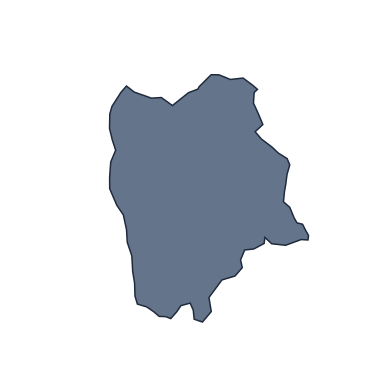 Trachypedoula, Paphos, Cyprus, rotated 131°
{"feature_id": "46923920B82818287753128", "entity_name": "Trachypedoula", "entity_type": "district", "adm_level": 2, "iso_a3": "CYP", "parent_name": "Cyprus", "parent_adm1": "Paphos", "projection": "natural_earth1", "projection_center": [32.677, 34.797], "detail": "fine", "context": "isolated", "style": "filled", "palette": "slate", "viewbox_px": 384, "rotation_deg": 131, "n_neighbors": 0, "source": "geoboundaries", "source_scale": "gbopen_adm2", "svg_char_len": 1085}
<svg xmlns="http://www.w3.org/2000/svg" viewBox="0 0 384 384"><g transform="rotate(131 192 192)"><path d="M152.1,73.0L148.4,75.5L146.3,81.3L143.8,87.4L146.4,92.6L144.5,98.0L139.4,108.2L139.4,116.5L131.3,122.3L124.5,126.4L116.4,131.8L107.4,136.0L104.4,142.1L106.0,152.5L105.6,160.6L106.5,174.4L105.1,183.9L94.6,182.8L89.3,193.5L84.6,203.9L76.1,210.4L71.6,209.9L71.6,215.9L72.5,228.2L81.9,236.9L85.9,248.6L91.0,254.5L107.7,255.7L110.5,255.1L119.3,259.8L139.6,263.5L140.8,277.1L147.8,284.2L154.5,301.2L155.0,311.0L163.5,311.0L179.8,308.6L187.1,305.2L198.2,295.9L205.0,286.3L210.6,277.0L222.7,273.0L235.1,263.7L243.5,256.3L251.4,239.9L254.3,228.8L263.4,216.7L272.4,207.9L279.7,195.5L291.0,184.5L298.3,175.7L308.0,166.7L312.4,159.7L308.4,150.7L307.5,142.5L307.4,135.2L303.3,130.0L301.5,125.0L292.4,124.9L285.0,125.8L277.1,120.5L280.3,113.6L286.6,106.9L283.3,98.8L269.6,99.0L260.5,110.0L238.7,111.7L227.1,104.4L216.1,104.4L211.4,110.8L201.2,114.2L194.5,108.0L183.5,103.8L178.5,107.2L178.8,97.9L170.8,86.4L156.4,78.5L152.1,73.0Z" fill="#64748b" stroke="#1e293b" stroke-width="1.5"/></g></svg>